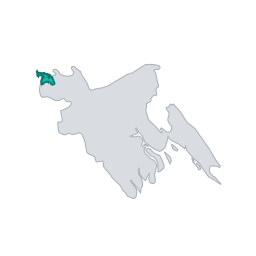 Panchagarh, Rangpur, Bangladesh (highlighted), rotated 331°
{"feature_id": "16705992B66536058617583", "entity_name": "Panchagarh", "entity_type": "district", "adm_level": 2, "iso_a3": "BGD", "parent_name": "Bangladesh", "parent_adm1": "Rangpur", "projection": "natural_earth1", "projection_center": [88.58, 26.32], "detail": "fine", "context": "in_parent", "style": "filled", "palette": "teal", "viewbox_px": 256, "rotation_deg": 331, "n_neighbors": 0, "source": "geoboundaries", "source_scale": "gbopen_adm2", "svg_char_len": 7102}
<svg xmlns="http://www.w3.org/2000/svg" viewBox="0 0 256 256"><g transform="rotate(331 128 128)"><path d="M93.3,180.2L93.3,174.4L89.8,162.9L90.0,161.6L89.2,156.0L88.3,153.0L87.9,149.7L90.0,145.0L89.1,144.2L84.5,142.8L83.9,141.6L84.9,136.9L81.6,132.5L80.2,129.3L83.8,118.7L84.7,111.3L84.4,109.9L82.3,108.3L78.4,107.6L75.6,106.2L74.0,104.1L72.7,103.3L71.0,103.9L68.9,103.1L67.1,101.0L65.6,98.5L66.2,95.8L69.0,89.3L70.1,89.1L72.5,90.3L73.4,90.3L75.0,87.8L77.2,80.4L85.1,81.1L86.9,80.8L88.9,80.2L90.0,79.3L90.6,78.2L90.4,77.1L88.0,75.8L87.0,74.7L86.4,71.8L85.7,70.7L80.9,70.5L78.5,69.2L77.1,68.0L74.8,64.0L71.8,61.0L69.0,60.3L67.9,59.4L67.3,57.9L67.6,55.7L69.1,51.4L76.8,42.3L77.0,41.3L76.7,40.2L74.5,38.7L74.3,38.0L74.9,36.1L76.2,35.8L78.9,37.6L81.6,40.4L83.3,42.9L83.3,44.8L85.4,45.2L87.2,46.1L89.1,45.9L90.2,46.3L91.0,46.2L91.3,45.0L89.8,42.2L90.5,41.0L92.3,41.0L93.6,42.1L94.6,44.3L94.7,47.7L96.8,50.8L99.6,53.0L101.7,54.1L104.4,54.8L106.6,54.1L107.7,51.9L107.2,50.0L107.5,48.3L108.4,47.3L109.8,47.4L110.9,48.7L113.9,56.1L113.3,59.4L114.0,68.4L113.2,74.4L113.7,76.7L114.2,77.1L118.8,78.2L125.5,80.5L130.5,81.4L153.5,80.8L158.5,81.9L173.8,81.0L178.0,82.9L182.5,86.0L185.1,88.3L185.6,89.6L185.3,90.8L184.5,91.4L182.9,91.4L179.3,89.9L178.7,90.3L178.7,93.9L175.8,102.8L175.4,105.6L174.4,106.7L171.3,107.3L169.4,112.5L168.5,113.1L166.6,112.0L165.3,112.2L163.8,112.6L162.2,113.8L161.2,115.3L159.9,115.8L155.7,115.7L154.8,118.2L152.0,121.3L150.2,129.7L150.3,132.3L152.7,139.0L154.4,147.6L155.1,148.5L155.9,148.6L155.9,144.6L156.7,144.1L157.7,144.6L159.7,149.9L160.9,151.3L162.7,151.7L164.7,150.8L166.2,149.3L166.8,147.6L166.2,141.7L167.2,139.4L170.7,135.8L171.2,134.7L170.9,128.9L172.2,128.7L174.0,129.2L176.2,127.8L176.9,127.7L177.8,129.2L179.4,129.0L181.9,140.6L182.1,148.8L182.7,153.3L183.6,154.3L186.3,161.1L188.9,185.2L189.3,200.4L190.4,205.6L189.5,206.7L188.7,207.0L187.9,205.1L182.2,201.3L180.8,201.7L178.9,203.9L178.1,206.0L178.5,208.9L179.1,211.8L180.5,213.5L180.6,215.3L182.2,222.2L181.7,222.2L178.6,216.0L174.8,209.8L173.5,198.8L173.4,193.4L170.8,187.0L168.4,175.9L169.4,171.9L167.6,173.6L164.7,167.0L160.3,160.4L159.0,157.5L158.9,154.7L157.0,157.5L154.5,159.5L151.8,162.5L150.1,163.4L144.5,164.0L141.3,160.0L136.6,150.2L136.0,148.0L136.6,142.2L135.5,136.7L135.2,131.9L134.3,132.4L134.0,133.7L134.2,135.7L133.9,137.4L126.1,136.3L129.5,139.2L133.0,139.8L134.9,142.4L135.0,146.7L131.5,149.3L131.8,151.4L133.9,154.1L131.4,154.8L130.7,156.5L130.7,159.0L132.4,162.8L132.1,164.3L135.1,169.2L135.6,171.6L134.9,174.9L128.6,181.7L126.8,186.5L125.3,188.7L123.3,189.1L120.9,186.9L120.9,184.5L121.4,182.7L124.7,178.2L122.9,178.8L117.8,182.5L116.8,179.5L116.1,176.7L116.1,173.3L118.6,168.2L115.8,170.7L115.0,173.9L115.4,177.7L115.0,180.3L113.9,183.8L112.4,185.8L110.0,187.2L109.0,189.2L107.3,190.7L106.8,183.8L105.0,174.4L104.6,176.4L105.5,182.2L105.5,186.0L104.2,189.0L101.5,192.2L99.5,192.7L98.3,192.2L94.5,187.3L94.2,182.8L93.3,180.2ZM140.0,180.4L135.3,181.5L132.9,181.1L137.4,172.7L137.2,168.9L136.5,165.8L134.2,163.3L134.1,161.6L133.1,159.1L132.5,156.3L135.1,155.4L137.1,157.0L137.8,160.2L138.9,162.6L142.4,167.6L142.4,170.6L141.5,178.1L140.0,180.4ZM150.1,177.6L147.3,179.8L148.2,166.5L150.3,171.5L150.9,174.1L150.1,177.6ZM161.1,170.9L159.8,171.9L158.6,171.0L157.1,167.9L157.9,163.9L158.3,163.4L160.1,167.4L161.1,170.9ZM171.9,199.1L170.2,199.2L169.4,198.3L169.8,196.9L169.3,192.6L171.4,192.2L172.2,195.8L171.9,199.1ZM170.0,187.0L168.8,191.3L168.3,189.4L169.1,185.6L170.0,187.0ZM136.3,152.2L136.7,153.6L134.1,151.8L133.4,150.5L134.6,149.9L136.3,152.2Z" fill="#d9dde1" stroke="#a8b0b8" stroke-width="1"/><path d="M84.7,53.8L84.9,53.7L85.0,53.5L85.1,53.4L85.3,53.5L85.3,53.1L85.5,52.9L85.9,52.2L85.8,51.9L85.3,51.5L85.6,51.4L85.8,50.8L86.0,50.6L86.2,50.2L86.0,49.6L86.1,49.2L85.9,48.9L86.0,48.5L85.8,48.4L86.0,48.4L86.3,48.2L86.4,47.6L86.2,47.6L86.4,47.4L86.3,46.9L86.0,46.6L85.8,46.5L85.5,46.6L85.3,45.8L85.5,45.6L85.6,45.0L85.3,44.6L85.4,44.4L85.3,44.2L85.0,44.2L84.9,44.7L85.0,44.8L84.6,44.7L84.6,44.9L84.3,44.8L84.4,45.0L83.7,45.2L83.6,45.6L83.4,45.6L83.4,45.8L83.2,45.9L83.2,45.7L82.9,45.8L82.9,45.6L83.0,45.6L82.9,45.5L83.0,45.2L82.9,45.1L82.9,44.9L83.0,44.9L82.9,44.7L83.1,44.6L83.4,44.9L83.4,45.0L83.5,45.1L84.0,44.9L83.9,44.8L83.6,44.9L83.6,44.7L83.4,44.7L83.2,44.4L83.3,44.3L83.3,44.2L83.2,44.1L83.1,43.9L83.5,43.8L83.5,43.6L83.5,43.8L83.5,44.0L84.2,44.0L84.3,44.1L84.6,44.0L84.6,43.8L85.0,43.9L85.1,43.5L84.7,43.7L84.8,43.5L85.0,43.3L84.9,43.2L85.0,43.2L84.8,43.0L84.8,42.9L84.7,42.8L84.7,43.0L84.1,43.2L84.1,43.5L83.9,43.5L83.8,43.3L83.9,43.2L83.7,43.2L83.7,42.7L83.6,42.8L83.6,42.6L83.4,42.2L83.3,41.9L83.8,41.8L83.8,41.7L83.5,41.8L83.5,41.6L83.4,41.6L83.5,41.5L83.2,41.6L83.0,41.4L83.4,41.3L83.4,41.2L83.4,40.9L83.3,41.1L83.2,41.0L82.9,41.1L82.7,40.8L82.3,40.7L82.5,40.6L82.4,40.4L82.1,40.4L81.9,40.3L81.9,40.2L81.7,40.2L81.9,40.0L81.7,39.1L80.9,39.1L81.0,39.1L80.9,39.8L80.9,39.7L80.7,39.7L80.0,39.5L80.0,39.4L80.1,39.2L79.9,39.0L80.0,38.9L79.8,38.9L79.9,38.6L79.1,38.7L79.1,38.4L78.9,38.1L79.0,37.9L78.8,37.8L78.6,37.6L78.2,37.8L78.1,37.1L78.0,36.8L77.7,36.7L77.4,36.7L77.3,36.8L77.2,36.9L77.3,36.9L77.0,37.0L76.9,36.9L76.9,36.7L76.6,36.5L76.3,35.8L76.4,35.5L76.2,34.5L76.2,34.2L76.2,33.8L75.7,34.1L75.7,34.3L75.4,34.5L75.5,34.6L75.7,34.8L75.2,35.0L75.1,35.6L75.0,36.2L74.6,36.7L74.7,37.1L74.5,37.4L74.5,37.6L74.4,37.9L74.0,38.1L73.9,38.3L73.9,38.6L74.0,38.7L74.0,38.8L74.2,39.1L74.3,39.1L74.4,39.4L74.5,39.7L74.5,39.8L74.6,39.7L74.7,39.3L74.8,39.1L74.7,39.0L74.7,38.6L75.0,38.5L75.4,38.7L75.4,38.8L75.9,38.6L76.0,38.8L76.2,39.1L76.3,39.1L76.5,39.0L77.3,39.2L78.0,39.4L77.9,39.7L78.1,39.7L78.1,39.9L78.2,40.0L78.3,40.2L78.3,40.3L78.2,40.3L78.4,40.5L78.5,40.8L78.3,41.0L78.5,41.2L78.7,41.3L78.8,41.8L78.9,41.7L78.8,42.1L78.9,42.3L79.1,42.1L79.0,42.4L78.8,42.5L79.1,42.6L78.9,42.7L78.9,42.9L78.7,42.9L78.6,43.0L78.6,42.6L78.3,42.7L78.1,42.6L78.2,42.9L78.1,43.0L77.8,42.8L77.8,42.7L77.4,42.7L77.4,42.3L77.3,42.1L77.3,42.3L77.0,42.5L76.9,42.9L76.8,43.0L76.7,43.2L76.8,43.2L76.7,43.4L76.1,43.4L75.9,43.6L76.0,43.7L75.9,43.8L76.2,43.8L76.2,44.1L75.7,44.0L75.4,44.1L75.3,44.3L75.2,44.3L75.0,44.5L75.0,44.4L74.9,44.6L74.8,44.8L74.4,45.2L74.5,45.4L74.4,45.4L74.4,45.6L74.5,45.6L74.4,45.7L74.4,46.2L74.5,46.3L74.4,46.3L74.5,46.3L74.6,46.5L74.6,46.8L74.4,46.8L74.5,46.9L74.4,47.0L73.9,47.3L73.7,47.5L73.8,47.6L73.6,47.7L73.7,47.8L73.8,47.9L73.9,48.0L74.0,48.1L73.9,48.3L74.2,48.2L74.6,48.4L75.0,48.5L75.1,48.3L75.3,48.4L75.4,48.1L75.4,47.8L75.8,47.8L75.9,48.0L76.0,48.0L76.2,47.9L76.0,47.7L76.3,47.8L76.6,47.8L76.8,47.8L77.0,47.9L77.3,47.9L77.3,48.0L77.5,48.0L77.5,47.9L77.8,47.7L78.0,47.7L78.5,47.7L78.5,47.8L78.8,47.8L79.0,48.0L78.9,48.1L79.0,48.4L79.3,48.5L79.4,48.4L79.7,48.2L79.7,48.3L79.7,48.5L79.9,48.5L80.0,48.7L80.0,48.9L80.2,49.0L80.3,49.1L80.4,49.4L80.5,49.4L80.6,49.5L80.7,49.4L80.7,49.7L80.8,49.6L81.0,49.6L81.3,49.7L81.7,50.0L81.8,50.4L81.8,50.5L82.1,50.8L82.2,51.3L82.3,51.3L82.4,51.6L82.1,51.7L82.1,51.9L82.1,52.0L81.9,52.3L81.8,52.5L82.3,52.9L82.8,53.7L83.0,53.8L83.8,53.8L83.8,54.0L84.3,54.0L84.3,53.9L84.5,53.7L84.7,53.8Z" fill="#14b8a6" stroke="#0f766e" stroke-width="1.5"/></g></svg>